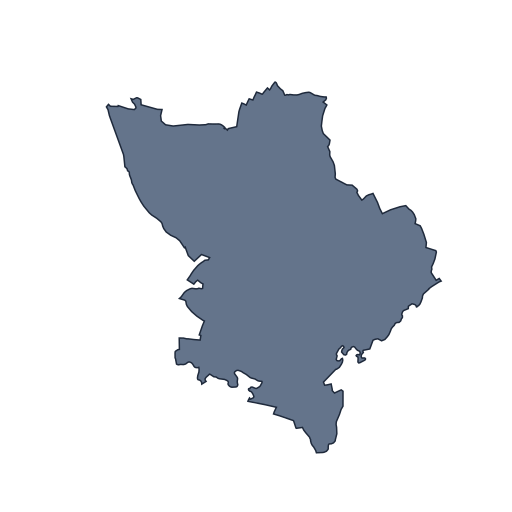 outline of Secuieni, Harghita, Romania, rotated 16°
{"feature_id": "2599482B24162569897100", "entity_name": "Secuieni", "entity_type": "district", "adm_level": 2, "iso_a3": "ROU", "parent_name": "Romania", "parent_adm1": "Harghita", "projection": "orthographic", "projection_center": [24.945, 46.276], "detail": "fine", "context": "isolated", "style": "filled", "palette": "slate", "viewbox_px": 512, "rotation_deg": 16, "n_neighbors": 0, "source": "geoboundaries", "source_scale": "gbopen_adm2", "svg_char_len": 6090}
<svg xmlns="http://www.w3.org/2000/svg" viewBox="0 0 512 512"><g transform="rotate(16 256 256)"><path d="M295.2,124.2L287.0,119.8L285.1,117.2L283.0,113.1L282.2,108.3L281.4,102.8L281.6,95.3L282.5,91.3L278.1,89.5L280.0,86.7L280.2,84.9L279.6,83.8L277.8,84.3L273.7,84.9L270.6,84.9L268.2,85.3L263.1,84.0L261.7,84.0L258.8,85.2L255.6,86.9L252.9,88.9L251.0,89.9L247.8,90.8L244.0,91.4L242.8,92.2L241.2,92.3L240.1,93.3L239.3,93.5L236.2,89.7L233.4,88.6L229.7,86.4L228.5,84.8L227.5,83.8L226.5,83.5L226.2,83.7L224.4,88.3L223.9,91.0L223.3,92.6L220.7,91.3L218.5,96.2L217.6,98.6L217.1,98.8L214.5,98.4L211.3,98.3L210.8,101.7L210.5,103.0L210.0,106.9L206.1,106.8L205.6,109.5L205.0,113.6L202.3,113.1L200.2,112.9L199.8,119.3L199.8,122.0L201.8,137.0L194.2,141.2L193.8,142.9L191.1,141.6L190.6,142.3L190.1,142.0L190.6,141.3L190.5,141.0L188.4,140.0L186.6,139.4L185.0,139.2L183.6,139.4L179.4,140.7L173.6,142.2L171.6,143.6L165.5,145.7L154.3,148.3L140.6,153.9L132.9,154.8L127.8,152.4L125.6,147.4L125.3,141.1L120.8,142.2L103.9,142.3L102.1,137.3L98.6,136.6L97.6,136.8L94.8,139.3L92.6,139.3L94.9,142.1L97.4,143.5L99.4,145.8L99.8,146.7L98.7,148.8L92.6,149.8L82.1,149.4L82.1,150.3L74.8,152.2L72.4,150.9L71.1,153.9L73.4,156.1L76.3,161.3L77.7,163.3L100.6,194.9L101.5,196.7L105.4,206.4L105.7,206.4L108.0,207.7L109.1,209.5L110.4,209.8L111.2,210.6L111.7,212.2L112.5,213.6L114.0,215.5L115.3,217.3L116.4,219.7L117.1,220.6L118.4,221.8L121.9,226.4L127.7,232.8L130.6,235.7L134.4,239.0L141.5,243.9L144.6,245.4L150.2,247.1L155.1,249.3L156.7,250.6L158.1,253.0L159.8,255.1L163.1,257.7L168.4,259.6L174.2,260.5L178.5,262.4L184.9,267.8L185.5,267.0L190.8,274.3L198.1,278.1L203.2,269.6L211.9,270.3L211.2,272.9L208.0,274.2L206.7,276.0L205.4,277.4L203.8,279.6L202.7,281.3L200.1,286.8L198.7,291.0L198.3,292.7L196.5,297.9L204.0,300.2L205.2,297.3L206.6,295.3L210.3,296.9L212.8,297.5L213.0,298.9L213.6,301.9L212.6,302.5L209.9,302.7L209.3,303.3L207.5,304.1L203.4,304.7L201.7,305.7L198.9,308.3L197.9,309.7L197.1,311.0L195.4,315.8L194.1,318.0L199.7,318.1L200.6,318.5L201.0,318.8L202.4,321.7L204.0,323.5L209.5,327.2L215.7,330.1L222.9,332.5L224.3,332.7L223.7,338.0L223.2,347.5L224.9,347.6L225.5,352.2L219.5,353.4L213.2,354.4L212.6,354.7L208.9,354.9L204.8,356.0L208.1,366.9L206.7,367.6L204.9,369.7L204.7,370.1L204.9,371.5L206.3,376.2L207.0,377.0L209.4,381.8L210.2,382.0L211.4,382.0L213.4,381.0L216.1,380.4L217.4,379.7L218.2,379.1L219.6,377.2L220.4,376.5L221.3,376.2L223.4,376.4L225.1,377.5L227.0,379.3L228.1,379.8L229.1,379.8L230.5,379.5L231.7,378.8L232.6,380.8L233.1,383.3L233.0,386.9L233.3,389.2L233.5,389.8L233.9,390.5L234.5,390.9L236.0,390.8L237.5,391.4L238.6,392.6L239.2,394.1L242.6,390.3L241.4,389.4L240.9,388.1L241.3,386.7L241.7,385.9L243.3,383.4L243.8,382.4L244.6,382.4L248.7,383.7L251.1,383.3L253.1,384.0L254.5,384.1L259.9,383.3L262.4,383.7L263.5,384.1L264.1,384.7L264.3,385.5L264.3,386.4L264.7,387.3L266.3,388.4L267.6,388.8L268.9,388.8L272.9,387.4L273.7,386.7L274.0,385.6L273.9,384.5L273.2,383.4L272.6,381.9L272.1,378.9L271.7,378.2L271.0,377.5L267.8,375.0L267.4,374.1L267.5,373.2L268.3,372.1L269.2,371.2L270.4,370.8L273.1,370.9L274.5,371.2L275.8,371.7L279.2,372.5L283.8,374.4L285.1,374.6L288.9,374.5L292.1,375.4L293.4,375.4L296.2,374.9L296.6,375.6L296.6,376.4L296.0,379.3L295.6,380.4L293.7,382.5L292.9,383.2L291.8,383.4L288.6,383.0L287.4,383.4L286.9,384.0L286.7,385.1L285.8,385.4L285.5,385.7L285.6,386.5L286.1,387.1L287.5,387.7L288.4,387.6L289.6,388.2L291.5,390.0L292.7,391.7L292.7,392.6L292.4,393.1L290.1,395.2L289.6,395.3L289.1,394.3L288.9,394.2L288.3,397.1L288.3,397.9L306.1,396.4L317.3,395.8L316.5,400.6L316.4,403.0L322.8,403.1L337.2,403.9L337.6,404.1L341.4,409.7L341.9,410.4L342.3,410.5L347.9,408.0L350.0,410.3L352.7,412.3L357.4,415.4L358.1,416.4L359.1,417.5L359.4,418.6L360.7,420.8L362.3,422.5L364.2,423.8L367.0,426.5L368.3,428.5L374.3,426.5L375.5,425.9L377.5,424.3L378.3,422.6L378.6,421.6L378.0,419.5L377.7,417.6L377.9,416.8L378.3,416.4L380.1,415.8L382.0,414.3L383.1,411.9L382.9,410.6L382.7,404.6L380.7,398.5L379.4,395.8L378.9,393.1L379.9,385.2L380.1,380.0L381.0,376.4L376.9,362.0L374.8,361.2L369.2,366.1L366.4,364.4L366.0,363.1L363.5,358.3L359.9,360.3L357.6,361.3L355.6,358.6L363.9,343.0L364.7,342.6L366.8,340.1L367.9,336.6L368.3,334.3L368.1,332.1L367.3,330.6L366.5,331.2L365.4,333.6L364.0,334.2L362.5,334.2L361.6,333.3L361.5,329.6L360.6,328.8L360.2,327.5L361.3,322.6L362.4,321.0L363.0,319.4L363.8,318.4L364.9,318.6L365.8,319.5L365.5,320.6L364.7,321.7L364.6,323.3L364.7,324.7L367.7,326.7L369.4,326.5L370.2,325.5L370.0,323.7L370.5,322.0L371.3,320.8L372.7,319.6L372.7,318.3L373.3,317.1L374.5,316.2L375.9,316.3L378.1,317.9L379.6,318.7L381.8,319.0L382.9,320.4L382.9,321.7L382.6,322.5L381.1,322.6L380.1,323.2L379.7,324.1L380.3,324.7L381.8,325.0L382.3,326.1L383.2,329.8L384.2,330.5L385.2,330.0L389.2,326.2L389.7,325.4L389.4,324.3L388.3,324.1L386.1,324.9L384.9,323.9L384.6,322.3L384.9,320.9L385.8,319.2L384.9,318.0L385.1,317.1L391.0,314.0L391.7,304.7L393.5,303.2L396.0,302.0L400.1,302.9L402.9,300.7L404.5,297.4L405.4,294.9L405.9,291.3L406.1,288.6L406.8,286.7L408.0,284.5L408.4,282.4L409.6,281.2L411.8,280.4L413.0,278.5L413.1,276.4L413.7,274.9L413.3,273.2L412.7,272.7L412.1,271.7L412.3,269.0L413.0,267.7L416.9,264.6L416.3,262.3L419.2,258.9L421.9,258.9L422.8,259.1L423.7,259.8L424.1,260.6L424.6,260.7L425.2,259.6L425.9,259.0L426.8,257.1L427.2,254.7L427.5,250.6L427.1,248.5L427.4,246.3L431.3,240.2L431.1,239.9L433.3,237.0L437.3,232.5L439.1,230.5L440.9,229.1L438.3,227.1L435.9,229.7L429.0,223.7L428.6,222.0L428.7,220.3L427.8,218.1L428.4,214.4L428.8,209.5L428.3,202.5L427.4,201.3L417.0,201.0L416.1,196.1L411.4,188.9L407.6,183.9L405.5,181.7L400.0,181.0L399.8,178.3L399.4,176.2L396.7,172.6L394.4,170.6L392.3,169.4L390.2,168.8L386.1,166.3L380.8,169.0L372.6,174.5L365.8,180.5L361.9,176.3L358.0,171.0L351.2,163.6L349.9,164.6L347.6,166.0L345.5,167.9L343.5,171.7L342.3,173.1L337.8,169.6L335.4,167.0L335.7,165.4L334.6,164.0L328.9,161.4L323.7,162.6L311.5,160.1L310.3,158.6L309.6,155.2L306.4,147.4L304.2,144.3L299.9,140.1L299.0,138.6L298.2,135.3L294.7,131.1L295.4,129.7L295.6,128.1L295.2,124.2Z" fill="#64748b" stroke="#1e293b" stroke-width="1.5"/></g></svg>